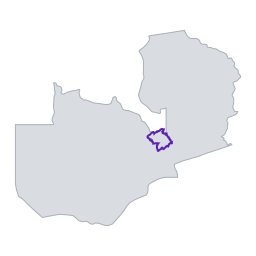 Mkushi, Central, Zambia (highlighted)
{"feature_id": "96606910B76461295717926", "entity_name": "Mkushi", "entity_type": "district", "adm_level": 2, "iso_a3": "ZMB", "parent_name": "Zambia", "parent_adm1": "Central", "projection": "mercator", "projection_center": [29.248, -13.765], "detail": "medium", "context": "in_parent", "style": "outline", "palette": "violet", "viewbox_px": 256, "rotation_deg": 0, "n_neighbors": 0, "source": "geoboundaries", "source_scale": "gbopen_adm2", "svg_char_len": 5339}
<svg xmlns="http://www.w3.org/2000/svg" viewBox="0 0 256 256"><path d="M177.7,177.3L164.8,177.3L160.1,178.4L156.3,180.0L151.7,182.5L149.1,184.2L148.4,185.2L148.0,187.3L148.0,190.6L147.5,193.0L146.1,195.1L139.2,197.8L134.6,199.9L130.2,202.5L126.8,205.8L124.5,209.9L120.6,214.9L112.6,223.9L107.9,225.6L104.0,225.2L99.3,223.4L95.6,223.0L92.8,224.2L90.3,223.8L87.9,221.9L86.0,221.2L84.4,221.7L82.3,221.6L78.6,220.6L75.4,217.4L73.7,216.0L72.3,215.5L68.5,215.0L59.6,214.3L50.5,215.9L42.4,217.5L34.2,210.3L26.3,202.8L24.6,200.8L21.6,198.3L19.5,197.1L18.7,196.5L16.5,189.7L15.4,183.6L15.4,124.7L51.3,124.7L53.6,124.5L53.7,123.8L52.1,120.7L52.1,119.6L52.6,117.5L54.2,113.3L54.3,111.9L53.5,107.3L53.6,104.7L54.0,99.5L53.8,97.8L54.6,95.4L54.9,93.9L55.2,93.2L54.8,91.5L54.1,85.3L53.7,82.7L55.8,83.1L56.6,84.4L57.0,85.8L57.9,85.9L60.5,86.7L61.4,87.8L62.0,90.3L61.6,91.5L60.8,92.6L61.6,93.5L63.3,94.1L64.3,93.9L67.2,92.2L69.9,91.6L71.2,91.1L77.2,90.0L78.4,89.4L79.2,89.4L79.8,89.9L79.2,91.7L79.1,93.2L79.8,96.1L80.4,97.5L81.6,98.5L82.5,99.0L83.5,100.1L85.6,99.9L90.1,101.4L91.5,102.1L93.4,102.8L94.8,103.0L99.4,103.6L104.4,104.4L107.0,104.5L108.8,104.3L110.1,103.8L110.9,103.4L111.2,102.9L113.1,97.4L114.0,96.9L115.3,96.7L116.0,97.2L116.8,100.7L120.4,103.8L121.6,106.5L122.5,108.8L123.2,109.4L124.6,110.2L126.8,110.5L128.7,110.6L138.4,114.5L139.4,115.2L140.6,117.2L141.3,119.6L142.1,121.5L143.3,121.8L144.4,121.9L145.5,123.2L146.4,124.3L149.2,128.9L149.6,130.8L151.0,132.0L152.9,132.5L154.6,132.6L155.6,132.0L158.1,131.1L160.0,130.0L161.4,129.6L162.3,129.9L162.9,130.6L163.3,132.9L164.7,133.7L165.7,133.4L166.1,132.5L166.1,132.0L166.1,108.0L165.2,108.2L164.1,108.9L161.5,108.9L160.6,109.4L160.2,110.2L160.4,111.2L160.5,112.6L160.1,113.2L159.0,113.4L157.4,112.9L154.4,112.2L152.0,111.8L150.2,110.0L147.9,107.3L146.3,106.0L142.5,103.1L141.9,102.6L140.8,101.2L139.8,99.0L138.9,96.4L138.4,94.8L139.3,92.2L141.5,84.0L142.0,81.4L143.8,78.8L143.9,76.4L143.2,73.4L143.4,71.8L143.6,62.3L143.1,59.4L141.9,56.1L139.2,51.5L139.2,50.5L143.4,47.5L144.6,46.4L146.8,44.0L148.2,41.9L149.2,40.3L149.5,38.1L148.8,36.1L150.2,35.7L184.5,30.4L185.0,31.8L186.1,34.1L187.2,35.8L188.7,37.3L190.0,38.2L190.8,38.5L196.1,38.4L198.0,39.3L199.6,40.5L200.0,42.3L201.1,43.4L202.3,44.3L202.8,44.4L203.7,44.2L205.1,44.2L206.4,44.6L207.0,45.0L207.1,46.5L207.5,47.2L209.3,47.4L211.1,47.5L212.9,48.6L214.8,48.7L217.0,49.2L218.0,50.3L220.3,51.4L223.2,52.4L226.3,54.1L226.4,54.6L226.9,55.6L227.5,56.3L227.5,57.3L227.8,58.3L228.6,58.5L229.3,58.6L229.9,57.9L230.7,57.9L231.7,58.3L232.0,59.4L232.7,60.9L233.9,62.0L234.7,63.0L234.4,64.7L233.9,66.4L235.5,68.0L237.5,69.6L238.1,70.2L238.3,72.5L238.6,73.3L240.0,75.2L240.6,76.5L240.6,77.2L236.8,81.0L234.5,81.6L233.5,82.4L232.9,83.2L234.4,86.9L235.2,88.4L234.5,90.2L233.1,93.2L232.4,93.5L232.2,95.8L232.7,96.6L233.4,97.3L233.7,98.8L233.7,102.7L232.7,107.2L234.4,111.0L235.0,111.4L237.4,111.5L237.8,111.8L237.2,112.9L235.6,114.6L232.6,115.9L228.3,117.4L227.4,118.8L226.8,120.8L227.3,122.0L227.9,122.7L227.7,124.5L227.3,126.4L227.5,127.8L227.3,129.1L226.7,129.8L225.9,131.8L225.0,133.7L224.3,134.7L223.2,135.6L221.5,136.4L221.6,136.8L223.5,137.7L224.0,138.3L224.2,138.8L223.4,139.8L224.2,140.4L225.3,140.9L226.3,142.2L227.5,144.7L227.7,145.0L228.1,145.0L228.7,144.7L229.9,143.7L230.7,143.4L231.8,144.8L213.9,150.9L209.7,152.2L203.4,154.4L201.3,155.2L199.7,156.0L183.0,160.8L180.4,161.8L174.5,164.2L174.3,164.7L174.4,165.8L174.9,168.1L175.9,170.2L176.8,171.4L177.4,174.6L177.7,177.3Z" fill="#d9dde1" stroke="#a8b0b8" stroke-width="1"/><path d="M153.3,143.4L153.5,143.3L153.8,143.5L154.7,143.5L156.0,143.2L156.7,143.2L156.9,143.4L157.4,143.2L157.8,143.4L158.2,143.4L158.1,143.5L157.5,145.0L156.9,145.5L156.8,146.0L157.0,146.6L156.9,147.4L157.1,148.4L157.6,149.7L157.8,150.7L158.3,150.9L158.5,150.8L159.3,150.0L160.9,149.0L161.7,148.7L161.4,148.2L161.9,147.7L162.3,147.9L162.5,147.8L163.0,148.7L163.6,149.1L164.6,148.2L166.1,146.5L166.7,146.5L166.8,146.1L167.2,146.1L167.3,145.9L167.8,146.0L168.3,146.3L168.5,145.8L168.5,145.4L168.8,145.1L168.9,144.3L169.8,143.5L170.2,143.4L170.3,143.2L170.8,143.3L171.1,143.2L171.7,143.4L171.9,143.3L171.9,143.1L171.7,143.1L171.5,142.8L171.6,142.3L171.3,142.1L171.5,141.8L171.2,141.8L171.0,141.2L170.4,140.7L170.4,140.4L170.2,140.1L170.3,139.9L169.5,139.4L169.4,139.1L169.5,138.9L169.3,138.8L169.2,138.0L168.6,137.7L168.5,137.0L168.0,136.9L168.0,136.6L167.1,135.7L167.0,135.1L166.1,134.9L166.5,133.5L166.1,133.5L165.7,133.3L164.8,133.8L164.2,133.6L163.7,133.1L163.4,133.4L163.0,133.2L162.5,132.8L162.6,132.3L162.4,131.8L163.2,131.7L163.4,131.0L163.2,130.5L163.8,129.8L163.8,129.7L163.7,129.7L163.7,129.3L162.9,129.5L162.2,129.0L161.9,128.9L160.5,129.6L160.2,130.1L159.3,130.9L158.2,131.2L157.8,131.2L157.5,131.7L157.1,131.5L156.8,131.5L156.5,132.1L155.9,132.3L154.7,133.0L154.2,133.6L154.0,132.8L153.5,132.2L153.4,132.2L153.1,132.0L152.0,132.5L151.6,132.7L152.1,132.7L151.3,133.2L149.8,134.8L148.9,135.2L147.6,136.3L147.5,137.2L147.9,137.9L148.5,138.1L148.7,138.4L149.3,138.6L149.8,139.3L149.8,139.7L150.0,140.1L150.3,140.0L150.7,140.1L150.7,140.3L150.9,140.5L151.0,140.3L151.1,140.6L151.4,140.7L151.3,140.9L151.6,141.1L151.9,140.9L151.9,141.1L152.0,141.2L152.0,141.4L152.1,141.6L152.3,141.9L152.6,141.9L152.6,142.1L152.9,142.2L153.1,142.7L153.3,143.3L153.3,143.4Z" fill="none" stroke="#5b21b6" stroke-width="2"/></svg>